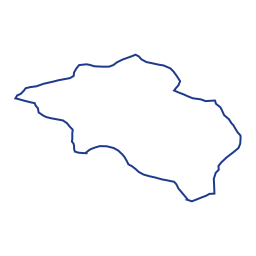 outline of Sollentuna, Stockholm, Sweden
{"feature_id": "70781695B54178975412741", "entity_name": "Sollentuna", "entity_type": "district", "adm_level": 2, "iso_a3": "SWE", "parent_name": "Sweden", "parent_adm1": "Stockholm", "projection": "equal_earth", "projection_center": [17.924, 59.447], "detail": "fine", "context": "isolated", "style": "outline", "palette": "blue", "viewbox_px": 256, "rotation_deg": 0, "n_neighbors": 0, "source": "geoboundaries", "source_scale": "gbopen_adm2", "svg_char_len": 1581}
<svg xmlns="http://www.w3.org/2000/svg" viewBox="0 0 256 256"><path d="M187.6,199.9L191.9,201.3L197.0,199.3L202.2,197.2L205.8,195.9L209.5,193.9L214.4,193.6L214.2,187.1L213.8,178.9L215.7,172.9L218.7,169.8L218.5,166.0L221.1,162.6L226.5,157.5L233.3,152.3L238.5,148.0L240.2,143.8L240.6,137.8L240.5,136.7L240.4,135.4L237.8,132.6L235.7,129.3L233.3,125.1L231.6,123.4L229.0,119.3L224.1,115.1L221.6,109.6L220.3,107.2L217.9,105.3L216.2,104.0L215.5,102.5L215.2,100.9L214.9,100.5L205.6,101.1L200.6,99.3L192.9,98.3L188.5,96.6L184.1,94.6L178.4,92.4L174.1,90.5L176.1,87.9L178.4,85.4L180.1,81.2L176.7,75.9L173.4,71.4L170.4,68.4L163.7,65.5L157.9,64.5L150.6,62.9L146.5,62.1L141.5,59.4L138.8,56.4L135.5,54.7L130.8,56.6L122.4,59.6L117.0,62.3L113.3,65.1L108.9,66.7L103.2,66.7L94.5,66.3L89.8,64.9L86.4,64.3L79.1,65.1L76.4,68.4L74.0,72.6L73.7,75.9L70.0,78.1L63.6,79.3L58.6,80.2L53.2,81.6L43.5,83.8L36.4,86.3L30.4,87.1L25.7,88.2L24.0,90.5L20.7,93.9L17.2,95.4L15.4,98.4L18.1,99.0L22.4,100.2L26.2,101.2L31.0,102.4L34.6,103.1L35.8,105.8L37.8,108.1L38.7,112.5L43.3,115.6L46.4,117.1L50.8,118.2L56.2,119.2L62.8,120.4L66.8,123.0L70.0,126.9L72.7,129.7L72.3,133.2L72.3,139.1L71.9,141.6L73.5,143.5L74.1,146.0L74.1,149.0L74.9,151.6L78.6,152.7L83.6,153.1L86.5,153.2L86.4,152.3L89.8,149.6L94.1,147.8L99.8,146.1L106.9,146.3L113.6,148.0L118.3,150.6L122.4,154.5L124.4,156.9L127.1,161.6L128.4,164.3L132.1,166.3L135.8,169.2L138.8,172.0L143.9,174.7L150.6,176.5L155.6,177.6L162.0,179.4L167.4,180.4L174.1,181.8L176.4,184.3L178.5,188.6L183.5,194.5L187.9,199.8L187.6,199.9Z" fill="none" stroke="#1e3a8a" stroke-width="2"/></svg>